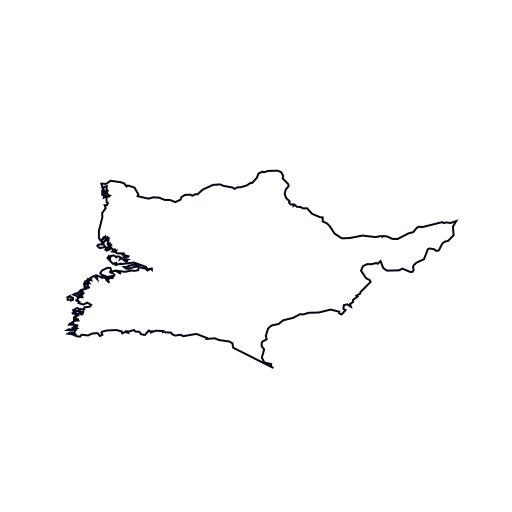 map outline of Maranhão (Equal Earth projection), rotated 254°
{"feature_id": "BRA-593", "entity_name": "Maranhão", "entity_type": "State", "adm_level": 1, "iso_a3": "BRA", "parent_name": "Brazil", "parent_adm1": "", "projection": "equal_earth", "projection_center": [-45.076, -5.686], "detail": "fine", "context": "isolated", "style": "outline", "palette": "ink", "viewbox_px": 512, "rotation_deg": 254, "n_neighbors": 0, "source": "natural_earth", "source_scale": "10m", "svg_char_len": 6022}
<svg xmlns="http://www.w3.org/2000/svg" viewBox="0 0 512 512"><g transform="rotate(254 256 256)"><path d="M228.2,61.6L230.8,58.6L230.8,60.7L231.4,60.3L231.3,58.0L233.1,53.9L233.7,56.2L233.0,57.7L234.1,57.7L232.5,58.1L232.4,59.9L234.4,62.3L236.8,54.3L237.2,55.9L235.5,59.0L235.5,60.7L236.4,58.6L236.6,60.3L235.7,62.7L236.8,61.6L236.2,63.9L236.9,63.4L237.7,60.4L238.3,63.0L237.6,63.7L238.6,65.8L238.6,63.5L239.5,63.6L241.5,57.4L242.3,58.5L241.1,62.5L242.6,60.3L243.7,63.5L243.0,67.5L244.7,67.1L245.1,63.5L246.1,63.8L246.0,65.8L247.3,63.3L247.1,67.0L248.2,65.1L247.7,69.7L251.3,64.3L250.4,64.3L251.4,64.1L251.5,66.8L249.7,67.6L249.3,71.8L248.6,71.6L248.1,71.8L247.3,73.0L248.6,72.0L248.4,73.6L249.8,73.4L250.0,75.4L250.3,71.3L251.2,70.2L250.9,71.8L251.9,70.8L253.2,65.5L254.3,65.2L255.3,69.7L252.2,72.7L253.5,72.3L251.9,76.0L252.2,76.9L252.4,75.4L253.9,77.0L253.1,82.3L254.4,84.1L257.7,80.9L256.9,76.8L259.6,72.6L260.4,73.6L262.0,71.8L262.3,72.5L261.5,72.7L262.4,72.6L262.9,70.2L263.1,72.3L264.7,73.0L265.0,74.4L264.2,74.2L266.0,75.4L264.3,76.8L264.2,77.8L266.0,77.5L266.4,73.4L269.2,69.9L269.8,72.7L267.8,75.5L267.8,77.8L266.4,77.8L267.7,79.8L267.1,80.2L267.8,80.1L268.7,77.8L269.9,79.5L270.5,79.3L269.8,78.4L270.2,76.3L271.1,79.0L271.3,77.8L271.7,78.5L271.3,82.3L272.3,83.2L270.7,84.7L272.3,83.9L272.5,83.3L272.2,82.3L274.4,82.9L271.1,87.1L273.7,85.9L275.4,87.0L276.2,82.9L278.0,84.1L276.0,88.2L277.3,87.6L278.0,88.6L278.8,87.1L278.9,89.2L279.8,87.6L280.3,88.2L278.2,90.9L280.5,90.7L281.5,95.0L277.4,97.0L281.4,97.3L277.7,102.0L276.5,102.1L278.3,102.5L276.1,105.4L274.4,105.6L274.9,106.9L273.0,106.3L270.7,107.5L274.1,106.9L274.7,108.4L275.8,107.1L274.0,112.8L275.9,110.9L275.9,113.7L276.2,114.0L276.9,107.1L281.3,101.7L282.4,101.6L284.5,103.9L285.6,109.9L284.6,112.8L282.0,112.8L280.8,111.3L279.5,112.4L278.9,113.5L280.9,112.3L280.5,117.1L276.1,121.2L279.9,118.8L276.9,125.7L276.3,132.6L275.1,135.4L274.9,138.8L277.1,140.1L277.2,141.2L274.0,146.7L272.0,147.6L272.7,151.5L271.6,152.1L272.7,152.4L273.3,148.1L276.0,147.1L283.4,136.8L285.6,122.8L286.0,124.2L286.0,118.4L287.3,118.5L288.0,120.6L287.9,116.3L295.0,112.7L296.5,114.6L294.3,115.2L295.4,115.5L295.6,117.4L296.1,115.8L295.8,119.4L293.4,121.3L294.0,121.6L293.0,124.6L291.6,125.4L290.5,124.5L290.9,125.7L286.4,129.6L286.7,131.4L287.3,129.3L287.8,131.7L289.1,128.7L290.3,130.0L291.4,128.5L291.7,130.6L290.3,132.4L290.9,133.3L294.2,128.0L295.1,128.7L294.7,130.5L296.7,123.6L298.2,122.0L299.2,122.8L298.8,121.5L299.9,119.2L301.4,123.0L301.3,120.2L305.7,118.4L306.4,116.1L306.5,119.8L308.5,119.1L307.7,117.3L309.0,116.1L308.3,117.6L309.2,117.1L311.8,118.5L312.4,114.3L313.8,119.1L314.7,117.9L315.2,119.4L314.8,116.5L316.3,116.5L315.0,114.6L316.5,115.2L314.1,112.5L314.7,110.4L316.7,110.0L323.4,111.9L335.8,119.1L339.6,119.9L343.5,124.7L346.6,124.5L345.9,126.8L347.7,128.2L348.8,127.2L353.8,128.5L353.7,130.9L354.6,130.5L354.6,131.7L355.7,130.3L359.7,130.3L359.7,131.4L361.8,130.7L364.2,131.9L364.3,129.1L362.0,127.1L368.2,127.3L366.6,131.7L368.4,137.0L364.0,146.7L362.2,149.2L358.5,150.8L359.1,152.3L355.3,158.0L347.6,159.9L346.1,158.7L340.8,168.4L340.7,173.4L338.8,178.9L335.1,183.7L333.4,189.0L330.1,193.2L330.9,199.0L333.1,200.4L334.3,204.5L333.1,209.6L331.5,211.5L332.1,214.7L331.4,216.7L334.5,223.1L336.2,234.3L334.7,241.3L332.4,244.0L328.2,252.5L326.5,253.7L327.1,257.6L326.3,260.1L326.4,266.8L327.8,270.9L327.3,272.5L330.9,278.3L334.6,281.2L335.3,285.5L334.3,286.6L334.4,291.2L332.1,300.1L329.8,303.3L325.4,304.2L323.3,303.0L316.0,306.9L314.1,306.5L311.6,302.9L307.9,300.7L303.5,300.9L299.3,303.4L298.2,302.4L295.7,303.9L295.3,306.3L293.8,305.9L294.3,307.5L292.1,308.8L290.6,312.7L289.0,314.0L287.7,318.3L281.1,321.5L275.6,328.3L274.7,330.8L270.9,329.6L267.9,333.1L264.6,335.0L255.9,337.7L249.6,343.1L248.9,344.9L247.4,351.4L246.3,363.9L241.2,376.2L240.7,381.7L239.6,382.7L240.2,383.7L238.4,387.8L234.9,391.7L233.3,396.7L235.7,408.7L235.6,413.7L238.9,418.6L239.2,420.9L237.9,424.0L237.2,444.4L235.9,445.4L235.9,448.0L234.1,452.1L234.4,458.1L229.9,453.4L221.5,451.7L217.6,444.9L217.7,441.3L216.7,438.6L211.0,433.3L211.2,430.6L213.3,429.2L215.4,424.8L215.2,423.1L206.6,416.6L205.4,408.6L203.9,405.4L202.1,403.8L199.0,403.7L197.6,402.0L198.2,399.8L203.5,393.3L202.8,389.4L205.9,377.7L209.4,375.0L216.8,374.3L215.0,370.9L216.1,369.7L216.3,364.6L217.5,360.9L216.8,356.1L213.0,352.9L204.4,355.6L201.4,358.7L199.5,359.0L192.5,346.5L191.2,345.8L190.1,341.7L189.0,342.4L187.0,337.0L185.1,336.8L183.9,333.2L181.1,333.2L184.4,330.4L184.5,326.9L181.1,325.4L179.3,327.2L176.2,322.2L178.0,320.1L179.5,320.7L183.9,313.0L184.4,300.6L186.9,291.0L186.8,285.4L187.9,282.2L186.3,274.6L186.7,264.4L184.4,258.9L184.9,252.2L184.0,249.4L182.7,247.4L176.6,243.5L172.9,243.2L172.0,238.7L170.9,237.5L167.7,236.6L164.0,238.1L156.7,233.6L151.5,234.6L147.9,240.8L145.7,239.9L143.6,241.8L174.1,208.8L178.6,209.3L181.2,206.7L185.4,197.3L188.2,193.8L189.9,185.7L190.6,186.3L197.5,177.3L199.0,163.9L201.0,162.0L201.8,156.4L203.9,153.8L205.7,153.3L207.7,147.6L209.0,146.7L208.6,145.5L209.7,145.5L211.8,138.9L211.5,134.3L212.4,134.8L212.4,133.5L213.9,132.5L210.8,127.6L211.0,126.6L212.6,123.9L215.4,122.9L216.5,119.3L218.5,118.3L218.4,113.2L219.2,111.1L217.7,111.6L219.0,109.5L218.6,106.0L220.5,106.1L223.3,101.4L225.5,92.1L225.7,87.5L225.0,86.3L222.6,86.6L222.1,83.9L225.1,82.8L225.9,81.2L226.6,76.6L225.9,72.7L228.4,66.6L227.0,64.7L228.2,61.6ZM281.8,126.1L280.7,131.7L281.8,130.0L281.3,136.8L278.0,141.6L279.1,135.5L278.7,130.3L279.6,127.8L281.8,126.1ZM309.5,106.3L310.4,107.7L309.3,112.7L306.1,113.6L306.7,107.9L309.5,106.3ZM268.4,63.4L268.7,65.8L267.6,64.9L268.2,66.0L266.1,68.6L264.3,68.0L264.2,65.6L264.8,65.4L265.1,67.0L265.8,62.9L268.4,63.4ZM361.0,126.1L361.5,127.8L359.6,128.4L359.0,126.1L356.3,124.8L361.0,126.1ZM302.7,117.4L302.3,113.8L303.2,113.1L303.5,115.1L304.7,114.0L305.3,114.8L304.9,117.0L303.6,117.7L302.7,117.4ZM354.0,125.7L357.5,127.4L358.9,129.1L354.3,127.5L354.0,125.7ZM310.0,112.1L312.3,111.5L311.3,113.8L310.0,112.1Z" fill="none" stroke="#020617" stroke-width="2"/></g></svg>